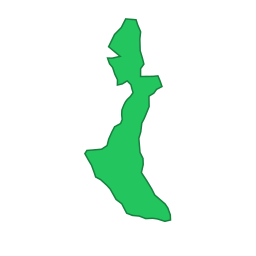 the district of Evrychou, Nicosia, Cyprus, rotated 337°
{"feature_id": "46923920B84453805319018", "entity_name": "Evrychou", "entity_type": "district", "adm_level": 2, "iso_a3": "CYP", "parent_name": "Cyprus", "parent_adm1": "Nicosia", "projection": "equal_earth", "projection_center": [32.917, 35.056], "detail": "fine", "context": "isolated", "style": "filled", "palette": "green", "viewbox_px": 256, "rotation_deg": 337, "n_neighbors": 0, "source": "geoboundaries", "source_scale": "gbopen_adm2", "svg_char_len": 1167}
<svg xmlns="http://www.w3.org/2000/svg" viewBox="0 0 256 256"><g transform="rotate(337 128 128)"><path d="M168.5,26.7L161.1,32.9L152.2,36.6L141.9,45.6L148.8,59.0L140.6,57.5L136.5,55.6L136.1,61.7L137.5,66.3L136.9,73.3L137.2,79.4L135.0,84.3L140.0,85.2L145.6,84.3L147.6,89.2L146.8,94.4L146.5,97.4L142.6,99.9L138.6,101.4L135.8,103.0L133.0,105.4L129.4,109.1L127.4,113.3L126.0,117.9L122.9,121.0L116.2,121.6L111.7,125.3L105.8,130.8L101.9,136.0L95.4,137.2L86.7,134.4L81.4,132.6L78.3,134.7L79.1,142.3L79.9,148.0L79.5,155.7L79.1,160.5L82.6,164.8L86.1,172.4L87.8,177.2L88.3,182.0L89.1,189.1L92.7,195.3L93.1,201.1L93.5,205.9L97.9,210.2L104.0,213.5L108.9,218.3L115.4,220.7L119.4,223.1L125.5,228.3L131.2,229.3L133.0,224.5L133.4,217.3L132.5,212.5L130.4,208.2L126.4,200.1L126.0,193.4L124.7,184.3L122.9,174.3L127.7,167.6L129.9,161.9L129.5,155.2L131.7,148.5L133.9,141.8L138.2,136.6L142.6,128.9L146.6,125.6L150.1,122.2L155.8,116.5L159.7,106.9L165.4,106.0L169.4,103.6L175.5,103.1L175.9,96.9L175.9,91.7L171.1,90.2L159.7,85.5L162.8,78.3L167.6,75.4L168.5,69.7L169.4,61.6L173.7,50.6L177.2,44.4L177.2,36.7L177.7,31.5L168.5,26.7Z" fill="#22c55e" stroke="#15803d" stroke-width="1.5"/></g></svg>